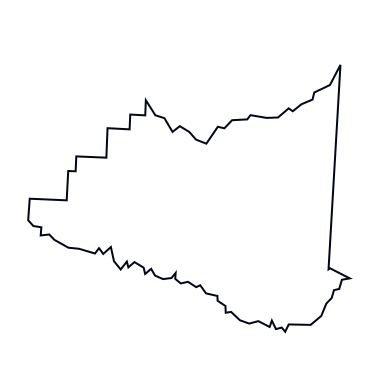 the district of Liberty, Florida, United States of America, rotated 273°
{"feature_id": "52423323B55850003369586", "entity_name": "Liberty", "entity_type": "district", "adm_level": 2, "iso_a3": "USA", "parent_name": "United States of America", "parent_adm1": "Florida", "projection": "orthographic", "projection_center": [-84.918, 30.289], "detail": "fine", "context": "isolated", "style": "outline", "palette": "ink", "viewbox_px": 384, "rotation_deg": 273, "n_neighbors": 0, "source": "geoboundaries", "source_scale": "gbopen_adm2", "svg_char_len": 1175}
<svg xmlns="http://www.w3.org/2000/svg" viewBox="0 0 384 384"><g transform="rotate(273 192 192)"><path d="M281.2,141.1L266.1,141.3L266.1,126.3L251.3,126.4L251.3,104.3L221.8,104.7L221.5,74.6L206.6,74.7L206.5,67.3L177.1,67.3L176.8,30.3L155.2,29.9L149.7,35.4L148.9,43.4L140.7,43.2L142.1,51.7L137.0,57.1L129.9,71.5L129.4,82.0L125.5,98.3L131.0,102.1L125.5,106.6L132.8,113.9L118.8,117.7L110.9,124.9L119.1,130.6L113.4,132.4L119.0,138.2L113.9,147.7L107.7,149.5L113.1,155.2L106.6,159.5L103.5,167.6L105.0,176.0L110.3,179.9L104.4,179.8L100.1,185.6L102.1,192.7L97.2,201.2L99.3,205.1L91.5,211.3L89.5,222.8L84.7,223.3L79.9,231.4L73.2,232.0L74.3,237.3L66.4,246.6L63.6,256.0L66.5,265.0L61.3,276.6L67.8,278.5L59.5,283.0L61.3,288.7L57.3,292.4L64.8,295.5L65.5,317.4L75.0,327.6L87.6,332.0L93.5,337.1L101.4,338.9L102.9,344.1L112.2,346.3L114.0,354.1L123.0,333.9L121.9,332.4L326.7,333.6L306.1,324.2L297.8,308.9L290.6,307.5L285.3,296.6L277.9,288.4L280.6,284.2L270.9,274.0L269.9,262.6L271.8,246.4L267.4,243.4L265.8,228.3L257.3,221.0L258.5,214.4L241.0,203.8L244.5,193.3L251.8,186.2L257.1,176.4L251.0,169.4L264.3,160.6L266.7,151.4L281.2,141.1Z" fill="none" stroke="#020617" stroke-width="2"/></g></svg>